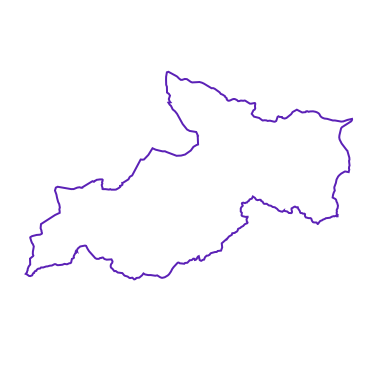 outline of Sarolangun, Jambi, Indonesia, rotated 11°
{"feature_id": "22746128B44731308508060", "entity_name": "Sarolangun", "entity_type": "district", "adm_level": 2, "iso_a3": "IDN", "parent_name": "Indonesia", "parent_adm1": "Jambi", "projection": "albers", "projection_center": [102.678, -2.332], "detail": "fine", "context": "isolated", "style": "outline", "palette": "violet", "viewbox_px": 384, "rotation_deg": 11, "n_neighbors": 0, "source": "geoboundaries", "source_scale": "gbopen_adm2", "svg_char_len": 5973}
<svg xmlns="http://www.w3.org/2000/svg" viewBox="0 0 384 384"><g transform="rotate(11 192 192)"><path d="M157.5,83.0L155.5,81.6L154.2,81.1L145.9,78.5L144.5,79.3L144.6,83.8L145.1,86.7L146.2,91.7L147.3,93.5L148.5,99.1L150.6,100.1L152.0,101.6L151.5,105.2L152.8,107.4L153.7,108.1L151.8,108.8L153.5,110.6L155.0,111.5L157.3,114.6L159.9,116.0L162.4,118.1L169.9,127.1L175.2,131.6L178.1,132.5L184.7,132.3L186.9,135.4L186.8,135.8L187.2,136.0L187.1,136.7L188.9,144.2L187.5,145.0L184.8,147.4L182.9,151.5L178.1,156.5L174.4,158.3L169.9,159.4L159.4,157.6L157.7,157.2L155.3,157.7L152.2,157.6L148.3,157.4L144.9,156.6L142.1,163.9L138.7,169.2L137.4,169.7L135.4,169.9L130.1,187.2L128.4,188.6L127.9,189.4L127.2,191.7L122.3,196.3L121.8,196.4L122.3,198.1L121.4,199.2L120.2,199.7L120.5,200.8L119.2,202.2L116.8,204.2L112.3,205.1L111.1,204.8L110.8,205.2L109.9,205.5L106.4,205.7L104.1,206.2L103.5,206.0L103.4,204.9L103.1,204.6L102.0,202.3L102.4,201.0L101.8,199.5L102.1,198.3L102.0,197.1L101.6,196.8L101.2,196.8L99.2,197.2L96.0,198.3L94.9,199.5L94.2,199.7L93.9,200.6L93.5,200.7L92.2,200.4L83.6,208.2L83.6,208.5L83.2,208.6L83.1,208.9L82.3,209.0L80.7,208.8L78.5,209.6L75.3,211.7L72.9,212.2L59.1,212.5L57.5,213.7L57.2,216.7L59.4,220.4L60.6,223.4L62.5,227.3L64.0,229.3L65.2,232.4L65.1,234.4L65.7,235.9L66.1,237.7L62.0,240.7L49.9,252.3L50.3,256.5L51.6,258.6L51.8,259.5L52.4,260.5L52.6,261.1L52.4,261.8L50.9,262.9L47.7,263.8L43.5,265.8L42.0,267.1L41.9,267.7L43.6,270.9L44.7,272.6L45.8,273.6L47.1,275.7L47.2,281.0L47.6,283.3L48.4,284.7L48.2,285.3L45.7,288.3L47.0,294.1L45.9,296.3L45.4,299.0L45.6,300.3L45.3,301.2L45.3,302.4L44.4,304.1L45.7,304.4L48.1,305.5L49.3,305.4L51.0,304.3L51.5,302.2L52.4,301.6L52.3,301.2L53.0,299.7L54.2,299.1L54.4,298.0L55.7,296.6L57.4,296.1L58.2,294.9L60.3,294.5L63.1,292.9L64.4,292.6L66.4,291.5L68.5,290.9L70.8,289.1L71.9,288.9L73.8,289.5L74.9,289.3L78.7,288.1L80.5,286.9L83.1,286.8L85.1,285.4L86.3,285.0L86.8,284.3L86.9,280.6L88.4,279.5L88.6,278.8L88.2,278.0L88.2,277.3L89.1,274.3L89.7,274.0L89.7,273.7L89.2,272.4L89.5,271.7L90.5,272.2L90.2,271.6L90.6,269.4L92.7,266.8L97.2,265.0L98.3,265.1L100.4,267.8L102.3,269.8L109.7,275.4L110.5,275.6L111.0,275.8L112.9,275.5L113.9,275.0L114.4,274.3L115.5,274.1L115.9,273.7L117.0,273.3L118.9,274.5L121.2,274.7L125.8,273.5L127.2,275.2L127.2,276.7L126.5,277.9L126.2,279.3L126.5,281.0L127.0,281.7L128.6,282.6L130.8,284.5L132.2,284.1L134.5,285.2L139.1,284.9L141.3,286.7L142.0,287.0L145.0,287.3L146.8,288.2L147.6,288.3L149.8,287.5L151.9,288.8L152.4,288.6L153.1,288.2L153.8,287.0L156.6,286.1L158.9,283.3L159.9,281.2L161.7,281.9L164.8,281.9L167.5,281.4L171.9,281.2L173.8,280.5L176.9,281.7L178.5,282.0L179.3,281.9L181.5,280.9L184.2,278.5L185.2,277.1L186.5,274.1L187.3,271.3L188.3,269.2L191.4,264.2L192.4,263.8L193.6,264.3L198.1,263.9L198.7,263.0L201.0,262.3L202.8,259.4L204.1,259.1L205.0,258.6L206.0,257.2L207.2,257.1L207.8,258.2L208.5,257.9L209.3,257.0L209.4,256.0L210.0,255.5L210.0,254.4L210.9,253.7L212.6,257.4L214.1,257.8L216.1,256.2L216.8,256.0L217.2,253.6L218.5,251.7L219.8,251.4L221.2,250.3L221.9,248.8L222.3,248.4L225.9,246.6L227.7,246.1L228.5,245.0L231.7,244.0L232.2,240.6L231.0,236.7L235.3,231.1L235.4,231.3L236.7,228.7L239.2,226.5L239.4,224.8L241.8,224.0L242.2,223.3L243.4,222.5L244.2,221.1L244.2,219.7L244.4,219.3L246.2,218.1L247.0,217.0L248.8,215.5L249.7,213.9L250.4,213.2L252.2,212.1L252.3,211.2L251.5,210.6L250.7,208.3L251.4,206.1L251.3,205.7L249.3,206.2L246.4,206.1L245.6,205.9L245.1,205.4L244.9,202.9L243.6,201.9L243.0,198.8L243.4,197.4L244.4,195.9L244.4,195.6L243.2,194.0L243.2,193.4L244.2,192.7L246.2,192.8L247.2,192.0L247.9,191.9L248.5,190.7L249.4,190.0L250.0,188.3L252.0,187.1L252.6,184.8L254.8,185.7L256.5,187.3L257.9,187.5L259.9,186.7L260.9,186.6L261.8,187.7L263.0,187.9L264.6,189.7L265.5,189.8L267.6,189.3L270.0,190.5L272.0,190.4L274.1,191.3L276.2,191.2L278.9,192.4L280.5,193.7L282.7,194.1L284.5,194.1L285.7,192.7L285.7,192.9L289.3,193.0L291.1,194.1L293.4,193.8L293.9,193.3L294.0,192.5L292.9,189.8L292.9,189.1L295.5,186.8L296.1,186.7L297.5,187.2L298.7,186.8L299.6,188.3L301.2,189.8L302.2,191.6L302.8,191.9L303.9,191.7L305.0,192.1L306.5,191.8L307.2,192.2L307.4,193.9L308.5,195.2L311.4,195.4L313.4,195.0L314.3,195.6L315.2,197.3L316.5,198.5L317.4,198.6L320.1,198.2L321.4,199.4L321.8,199.2L322.8,197.0L323.5,195.9L324.9,195.1L325.6,194.3L327.6,193.0L328.4,192.2L332.4,190.9L333.9,189.6L335.6,188.7L336.5,188.7L337.5,188.0L338.9,188.3L339.5,188.1L339.3,187.5L339.4,186.7L338.4,186.2L338.3,185.9L337.9,184.6L338.0,183.6L337.6,182.7L337.5,181.5L338.0,180.3L337.9,177.6L336.5,174.8L335.7,173.9L335.0,172.3L334.1,171.5L331.1,170.6L331.0,167.9L331.3,165.3L331.9,163.4L330.9,160.9L330.8,159.9L331.5,155.7L331.5,152.2L332.5,148.9L333.4,147.4L334.9,145.5L338.0,142.8L338.7,142.6L342.0,142.6L342.1,140.0L341.6,139.0L341.4,137.5L341.6,135.9L340.5,132.5L340.2,131.3L340.4,130.3L339.9,128.3L336.6,121.8L336.1,121.6L329.6,115.8L326.9,112.3L326.1,110.3L325.9,108.2L326.2,101.1L326.9,99.7L334.7,92.3L335.2,91.3L335.3,90.2L335.1,89.7L330.8,91.6L327.1,93.8L325.1,94.4L318.9,94.5L316.5,94.9L310.8,94.4L308.0,94.6L306.2,94.3L305.0,93.9L303.7,93.1L302.1,91.2L301.1,90.5L299.3,89.9L297.9,89.7L295.4,89.7L292.5,90.4L291.2,91.0L289.6,90.7L288.6,91.1L288.3,91.9L285.0,92.9L279.2,91.2L275.5,94.3L274.5,96.7L270.6,101.3L269.0,102.2L266.6,102.1L266.0,101.2L263.7,101.6L262.4,101.2L261.7,101.9L261.1,106.2L259.9,107.2L259.0,107.3L254.9,107.1L252.7,107.8L251.1,107.5L249.3,107.8L247.8,108.3L247.1,108.1L243.8,106.5L238.5,106.2L235.7,103.9L236.7,100.1L237.8,99.1L238.1,97.9L237.4,95.6L237.3,93.4L237.0,92.8L236.5,92.7L233.2,94.0L231.9,94.2L226.8,92.2L226.1,92.2L224.9,92.7L222.6,92.9L220.9,93.8L219.9,94.0L218.4,93.1L216.3,92.6L215.3,92.7L214.0,93.3L212.2,94.7L210.8,95.4L209.9,95.4L208.5,94.6L208.2,93.4L206.4,92.3L206.0,91.6L203.5,90.6L201.5,90.2L200.1,88.9L194.5,86.3L192.9,86.0L191.4,86.4L182.9,83.3L180.8,82.8L178.4,82.6L171.3,84.4L169.7,84.1L165.5,82.2L163.4,82.4L160.9,83.8L159.5,84.0L157.5,83.0Z" fill="none" stroke="#5b21b6" stroke-width="2"/></g></svg>